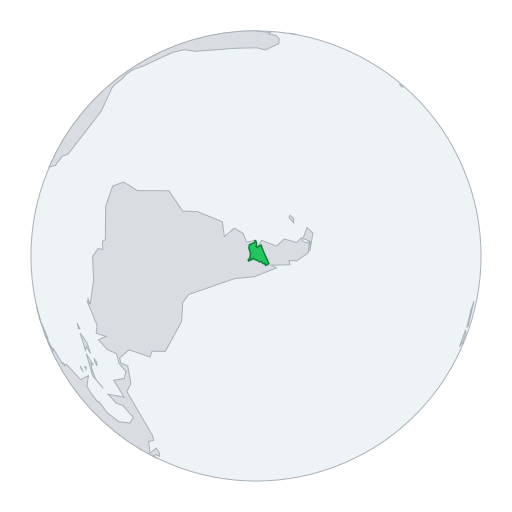 Río Negro highlighted on a globe, orthographic projection, rotated 247°
{"feature_id": "ARG-1297", "entity_name": "Río Negro", "entity_type": "Province", "adm_level": 1, "iso_a3": "ARG", "parent_name": "Argentina", "parent_adm1": "", "projection": "orthographic", "projection_center": [-67.714, -39.784], "detail": "fine", "context": "on_globe", "style": "filled", "palette": "green", "viewbox_px": 512, "rotation_deg": 247, "n_neighbors": 0, "source": "natural_earth", "source_scale": "10m", "svg_char_len": 5839}
<svg xmlns="http://www.w3.org/2000/svg" viewBox="0 0 512 512"><g transform="rotate(247 256 256)"><circle cx="256" cy="256" r="225" fill="#eef3f6" stroke="#a8b0b8"/><path d="M259.2,30.7L246.9,31.3L262.8,30.9L264.8,31.4L268.4,31.7L272.9,31.9L275.2,31.8L277.6,32.3L262.7,32.3L260.4,31.9L265.1,31.7L257.6,31.6L247.6,32.6L249.4,33.3L232.4,35.7L233.4,36.4L230.3,37.7L229.8,36.2L230.4,39.2L210.7,46.2L211.3,55.0L202.2,49.5L193.7,50.6L183.4,53.4L183.3,54.7L169.8,57.8L157.0,65.1L151.4,74.7L155.3,79.9L170.3,75.1L175.3,69.7L186.6,65.9L177.6,79.4L197.2,76.5L194.7,86.7L200.3,91.1L210.4,88.0L220.7,89.3L228.3,82.4L240.5,78.3L240.6,86.7L247.4,78.7L254.1,82.6L278.5,82.9L276.6,84.7L297.1,97.0L319.4,105.4L324.6,113.5L321.9,117.5L329.7,120.5L329.8,123.6L360.7,137.2L376.4,151.4L375.8,163.1L362.5,172.3L350.1,201.3L326.1,206.0L319.8,219.4L300.7,238.3L286.2,234.5L290.1,246.8L281.9,253.0L272.5,252.7L270.7,261.3L263.7,261.1L268.3,267.2L257.2,278.6L260.5,288.8L252.5,298.8L255.0,305.0L251.8,304.8L248.6,307.2L248.4,310.8L238.6,305.4L235.6,291.7L238.8,284.7L234.7,283.9L241.5,266.6L237.1,270.2L237.6,246.3L243.6,227.4L246.9,179.0L241.9,170.4L224.6,161.8L203.6,135.2L209.0,123.2L204.5,118.9L219.2,102.5L215.5,90.7L210.3,89.7L205.1,95.0L187.6,91.1L181.8,84.2L130.9,90.6L126.3,89.8L127.2,84.7L115.8,81.3L118.2,88.9L112.7,90.1L109.3,89.0L112.6,86.0L112.2,83.2L108.1,86.1L108.7,85.6L121.5,75.3L134.9,66.0L149.1,57.7L163.7,50.5L178.9,44.3L194.5,39.3L210.4,35.4L226.6,32.7L242.9,31.1L259.2,30.7ZM209.7,58.8L232.2,61.6L219.1,63.7L221.6,62.3L216.0,60.7L205.4,60.3L194.0,63.7L209.7,58.8ZM220.6,51.6L216.7,51.8L220.6,51.2L220.6,51.6ZM255.0,317.4L239.5,307.5L248.2,311.8L253.8,306.1L262.1,314.1L255.0,317.4ZM271.8,303.7L278.5,301.4L280.2,303.3L276.0,305.4L271.8,303.7ZM462.8,345.4L463.0,344.0L456.2,356.7L455.7,354.3L451.2,360.5L447.0,362.2L442.5,360.0L442.0,345.0L447.3,338.2L455.0,319.0L468.1,280.2L473.8,270.9L476.0,259.4L475.0,225.7L475.6,215.6L474.0,207.4L471.5,202.6L469.0,192.9L467.0,189.1L450.0,170.4L441.4,155.3L423.1,122.5L423.7,117.0L417.9,106.8L418.7,100.2L429.7,112.5L439.7,125.6L448.7,139.4L456.8,153.8L463.7,168.8L469.5,184.2L474.2,200.0L477.7,216.1L480.0,232.5L481.2,248.9L481.1,265.4L479.8,281.9L477.3,298.2L473.6,314.3L468.8,330.0L462.8,345.4ZM425.2,107.5L427.1,110.0L425.2,107.5ZM279.3,82.8L282.2,84.7L278.3,84.5L279.3,82.8ZM217.0,66.7L221.9,66.3L224.4,67.1L220.6,67.9L217.0,66.7ZM258.3,64.3L263.9,65.0L258.0,65.5L258.3,64.3ZM235.8,62.1L253.8,64.1L242.2,66.5L230.9,65.6L238.8,64.5L235.8,62.1ZM218.0,55.2L221.0,55.2L219.9,56.4L218.0,55.2ZM223.5,51.3L222.3,51.5L220.9,50.9L223.5,51.3ZM265.7,31.4L266.9,31.4L271.4,31.7L269.2,31.7L265.7,31.4ZM284.5,32.5L291.9,33.6L295.1,34.4L291.3,33.6L288.8,33.4L277.8,31.9L281.3,32.1L284.5,32.5ZM265.0,30.9L271.2,31.3L264.1,30.9L265.0,30.9ZM358.2,455.2L353.5,457.3L356.2,455.7L358.2,455.2ZM444.2,379.8L445.7,377.6L448.1,373.6L444.2,379.8ZM108.9,424.2L107.7,421.9L114.2,426.7L122.6,433.0L129.3,439.1L108.9,424.2ZM103.2,419.1L97.3,414.2L94.0,412.1L96.1,412.7L92.9,407.8L106.2,420.1L103.2,419.1Z" fill="#d9dde1" stroke="#a8b0b8" stroke-width="1"/><path d="M244.2,265.0L244.1,264.9L244.1,264.7L244.0,264.3L243.9,264.3L243.9,264.2L243.8,263.9L243.6,263.6L243.8,263.4L243.8,263.2L243.7,263.1L243.7,262.9L243.7,262.7L243.6,262.4L243.7,262.1L243.7,261.9L243.7,261.7L243.7,261.4L243.7,261.1L244.1,261.1L244.3,261.2L244.5,261.1L245.2,261.4L245.4,261.4L245.5,261.4L245.8,261.2L246.1,260.8L246.2,260.7L246.1,260.4L245.9,260.3L245.8,260.2L246.0,259.9L246.2,259.7L246.3,259.6L246.5,259.4L246.8,259.3L247.0,259.3L247.3,259.3L247.3,259.2L247.5,259.0L247.8,259.2L248.0,259.2L248.5,259.1L248.6,258.8L248.8,258.8L248.8,258.7L248.9,258.3L248.9,258.2L249.0,257.9L249.1,257.7L249.1,257.4L249.1,257.1L249.2,256.9L249.3,256.7L250.1,256.2L250.5,256.2L250.8,255.9L251.0,255.8L251.2,255.5L251.3,255.4L251.5,255.2L251.8,255.0L252.0,255.0L252.2,254.9L252.3,254.8L252.4,254.6L252.6,254.4L252.7,254.1L252.8,254.0L252.9,253.9L253.0,253.9L253.1,253.7L253.3,253.4L253.5,253.3L253.7,253.2L253.9,253.0L254.0,252.9L254.3,252.9L254.5,252.9L254.8,252.9L255.1,252.8L255.0,252.7L254.6,251.9L254.4,251.7L254.3,247.9L254.3,247.3L255.6,247.4L255.7,247.5L255.8,247.6L256.0,247.8L256.0,248.1L256.0,248.3L255.9,248.4L255.7,248.5L255.5,248.8L255.5,249.0L255.7,249.3L255.8,249.2L255.9,249.3L256.0,249.4L256.2,249.7L256.3,249.9L256.4,250.0L256.5,250.0L256.8,250.0L257.0,250.0L257.3,249.9L257.5,249.8L257.7,250.0L257.8,250.3L257.9,250.5L258.0,250.6L258.3,250.8L258.5,250.8L258.8,250.9L258.9,251.0L259.0,251.1L259.3,251.2L259.4,251.3L259.5,251.5L259.5,251.8L260.1,251.9L260.6,251.8L261.4,252.0L261.5,252.0L261.8,252.1L262.1,252.2L262.2,252.3L262.3,252.3L262.3,252.2L262.5,252.1L262.8,252.2L263.0,252.3L263.4,252.3L263.5,252.3L264.0,252.3L264.4,252.3L264.5,252.3L264.8,252.3L265.7,252.5L265.9,252.5L266.9,252.9L267.1,253.1L267.3,253.2L267.6,253.5L267.9,253.6L268.0,253.7L268.1,253.8L268.2,254.0L268.3,254.0L268.7,254.3L268.8,254.4L268.9,254.5L269.1,254.5L269.0,256.7L268.9,258.8L268.9,259.8L269.5,260.1L269.9,260.4L270.1,260.6L270.4,260.9L270.4,261.0L270.5,261.2L270.6,261.3L270.4,261.5L270.1,261.6L269.8,261.7L269.6,261.7L269.0,261.7L268.9,261.7L268.5,261.7L268.1,261.7L267.6,261.7L267.4,261.6L267.1,261.3L267.0,261.2L266.9,261.2L266.7,261.0L265.8,260.6L265.4,260.5L265.1,260.3L264.9,260.3L264.7,260.2L264.5,260.3L264.4,260.2L264.5,260.1L264.8,260.2L264.7,260.0L264.8,259.9L264.7,259.8L264.4,259.8L264.2,259.8L264.3,259.8L264.3,260.0L264.0,260.0L263.7,260.2L263.7,260.3L263.6,260.5L263.5,260.8L263.6,261.6L263.7,262.1L263.8,262.4L263.8,262.5L264.0,262.8L264.0,263.0L263.9,263.3L263.9,263.5L264.0,263.9L264.0,264.0L263.9,264.2L263.8,264.5L263.7,264.6L263.7,264.8L263.8,264.9L263.7,264.9L261.8,264.8L260.9,264.8L258.4,264.7L254.9,264.7L253.9,264.7L251.4,264.8L251.1,264.8L245.7,264.9L244.2,265.0L244.2,265.0Z" fill="#22c55e" stroke="#15803d" stroke-width="1.5"/></g></svg>